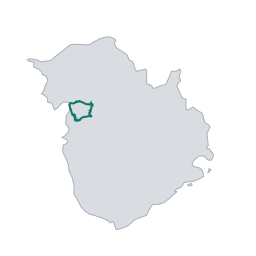 location of Thala Barivat, Stœng Trêng, Cambodia, rotated 255°
{"feature_id": "14789045B9277653142269", "entity_name": "Thala Barivat", "entity_type": "district", "adm_level": 2, "iso_a3": "KHM", "parent_name": "Cambodia", "parent_adm1": "Stœng Trêng", "projection": "albers", "projection_center": [105.709, 13.631], "detail": "fine", "context": "in_parent", "style": "outline", "palette": "teal", "viewbox_px": 256, "rotation_deg": 255, "n_neighbors": 0, "source": "geoboundaries", "source_scale": "gbopen_adm2", "svg_char_len": 5837}
<svg xmlns="http://www.w3.org/2000/svg" viewBox="0 0 256 256"><g transform="rotate(255 128 128)"><path d="M219.8,48.4L220.4,50.4L218.9,54.3L217.3,57.8L214.4,60.9L214.2,63.1L213.2,69.9L213.6,72.0L214.4,73.8L215.3,74.8L218.0,81.4L220.4,87.3L222.8,92.2L223.3,95.3L221.2,103.2L218.7,110.5L218.9,114.1L220.1,117.7L221.2,122.5L221.7,128.6L221.1,132.6L220.0,135.1L217.8,137.7L215.9,139.0L213.6,136.9L211.8,136.8L209.4,137.5L207.4,138.5L203.5,142.2L199.2,145.9L193.2,146.9L190.8,149.6L188.3,150.0L183.6,150.1L180.5,150.8L180.6,152.1L180.4,158.6L180.4,160.1L180.0,160.5L177.8,160.7L174.1,159.7L169.2,158.1L165.7,157.9L163.9,160.7L162.8,161.8L161.5,161.9L160.1,162.4L159.6,163.7L159.5,165.2L160.2,167.9L160.4,172.2L160.2,175.0L161.5,176.9L169.1,183.0L171.4,184.6L171.6,185.5L170.3,188.8L171.5,193.5L169.1,193.4L165.1,191.4L163.2,190.2L160.9,191.2L160.1,191.0L158.6,188.7L156.6,186.3L154.5,186.2L150.1,187.1L145.5,187.7L143.8,187.7L143.1,188.2L140.5,191.7L139.4,191.1L134.9,189.7L130.7,189.2L129.9,190.1L130.4,193.0L131.3,195.8L130.7,197.0L128.4,198.4L125.4,201.1L123.6,203.1L122.3,203.6L117.7,203.5L113.1,203.8L111.3,205.7L109.5,207.2L108.0,207.6L102.1,202.8L90.2,201.0L88.9,198.9L87.8,198.5L86.7,201.2L80.2,203.8L77.4,202.2L75.5,200.2L75.8,197.9L77.7,195.9L80.9,194.6L82.5,189.7L80.0,183.5L77.9,181.6L75.6,180.2L73.2,182.5L71.2,186.4L69.0,188.4L66.1,188.9L61.7,188.7L60.1,182.7L59.6,177.6L60.3,171.8L60.9,168.4L56.8,163.6L56.6,159.1L54.6,156.7L54.0,157.9L54.1,159.2L53.5,158.2L47.1,144.9L46.1,138.8L47.3,134.0L47.9,132.4L46.1,129.9L43.4,127.1L38.8,123.3L38.5,117.4L37.6,110.5L36.2,108.1L34.1,103.8L33.0,100.3L32.7,91.0L33.3,90.2L36.7,90.0L40.9,89.4L41.6,87.9L40.9,86.6L43.6,84.5L47.6,80.0L50.7,75.2L52.9,72.1L54.2,69.1L58.7,64.9L64.7,62.0L68.8,61.3L73.1,60.3L77.2,58.9L79.2,58.8L84.2,60.6L87.0,61.1L89.9,61.1L92.8,61.3L95.5,61.1L101.7,59.9L108.3,60.9L114.2,60.2L121.5,58.8L125.1,59.7L128.3,61.1L128.8,64.0L129.5,65.3L130.6,66.3L132.1,66.3L133.9,64.3L135.5,62.3L136.0,61.9L136.1,62.9L136.8,65.1L138.2,67.3L139.6,68.8L142.0,70.7L143.5,70.8L148.5,69.0L156.0,71.6L156.9,72.9L159.3,75.6L161.9,77.5L167.8,77.7L169.8,72.9L168.8,70.0L165.5,65.0L164.6,62.0L165.6,61.5L171.3,60.9L172.2,60.3L173.4,57.1L175.0,57.4L178.1,57.9L181.4,55.6L183.3,53.3L184.4,54.3L185.6,56.0L186.8,56.9L189.2,58.3L191.9,60.3L193.5,62.2L194.8,63.0L198.1,62.4L199.0,62.5L201.0,60.1L202.3,58.8L203.5,59.2L205.2,59.2L208.7,56.1L210.6,53.4L211.7,52.6L214.9,54.0L216.1,53.7L217.9,49.9L219.8,48.4ZM58.0,174.9L57.3,175.2L56.7,175.2L56.1,174.6L56.2,172.5L56.6,171.2L57.7,171.0L58.0,174.9ZM67.7,195.9L66.3,197.4L64.2,194.4L64.3,193.6L67.7,195.9Z" fill="#d9dde1" stroke="#a8b0b8" stroke-width="1"/><path d="M148.8,95.4L148.9,95.2L149.0,95.2L149.9,95.1L150.2,95.0L150.3,95.0L150.5,95.0L150.6,94.9L150.9,94.9L151.0,94.8L151.3,94.6L151.5,94.4L151.8,94.2L152.0,94.2L152.2,94.3L152.3,94.3L152.5,94.5L152.8,94.7L152.9,94.8L153.0,94.9L153.0,95.0L153.1,95.3L153.3,95.4L153.3,95.5L153.5,95.7L153.5,95.8L153.5,96.0L153.8,96.0L154.0,96.1L154.3,96.2L154.5,96.3L154.6,96.2L154.6,96.3L154.8,96.3L155.0,96.4L155.0,96.5L155.3,96.6L155.4,96.8L155.5,96.9L155.6,97.0L155.8,97.2L155.9,97.3L156.0,97.2L156.1,97.3L156.3,97.4L156.5,97.4L156.6,97.5L156.9,97.6L157.1,97.7L157.4,97.8L157.6,98.0L158.0,98.3L158.2,98.6L158.3,98.8L158.6,98.9L158.7,99.0L158.8,99.3L158.9,99.5L159.1,99.6L159.4,99.6L159.5,99.8L159.8,99.8L160.3,99.5L160.4,99.4L160.5,99.3L160.8,99.2L161.0,98.8L161.1,98.7L161.3,98.6L161.6,98.7L161.8,98.7L161.5,98.4L161.2,98.3L160.9,98.2L160.7,98.1L160.5,97.8L160.4,97.5L160.4,97.3L160.4,97.0L160.5,96.8L160.6,96.7L161.0,96.2L161.3,95.9L161.4,95.6L161.5,94.5L161.7,94.1L162.4,93.2L162.6,93.0L162.8,92.7L163.0,92.3L163.2,92.2L163.3,92.1L163.6,91.9L163.7,91.7L164.1,91.3L164.4,91.0L164.4,90.9L164.5,90.7L165.2,89.9L165.3,89.7L165.7,89.1L165.8,89.0L165.8,88.8L165.9,88.6L166.2,88.1L166.3,88.0L166.3,87.8L166.5,88.1L166.7,87.8L166.7,87.6L166.7,87.3L166.7,87.0L166.6,86.4L166.4,86.0L166.4,85.8L166.5,85.6L166.9,85.3L167.0,85.1L167.0,84.8L167.0,84.7L166.8,84.4L166.5,84.1L166.3,83.8L166.2,83.6L166.0,83.0L165.9,82.7L165.9,82.4L165.9,82.1L166.0,81.7L166.0,81.1L166.1,80.7L166.5,80.2L166.7,79.8L166.8,79.5L166.9,79.3L166.9,79.0L166.9,78.8L166.7,78.5L166.5,78.3L166.2,77.9L166.0,77.5L165.9,77.5L165.8,77.4L165.7,77.4L165.2,77.3L165.0,77.5L164.9,77.6L164.4,77.5L164.1,77.3L163.9,77.2L163.4,77.2L162.5,77.3L162.3,77.3L162.1,77.3L161.7,77.1L161.5,77.3L161.2,77.5L160.9,77.6L160.7,77.7L160.4,77.7L160.0,77.6L159.2,77.6L158.7,77.6L158.0,77.6L157.2,77.7L156.6,77.6L156.3,77.6L156.2,77.7L155.5,77.7L155.1,77.8L154.9,77.9L154.9,78.0L154.7,78.1L154.6,78.4L154.6,78.5L154.7,78.9L154.8,78.9L154.8,79.0L155.0,79.0L155.1,79.3L155.1,79.5L154.9,79.7L154.7,79.7L154.5,79.8L154.4,79.9L154.2,79.7L154.0,79.8L153.8,79.8L153.7,79.6L153.3,79.4L153.2,79.5L153.1,79.4L153.0,79.5L152.8,79.6L152.6,79.5L152.4,79.6L152.2,79.6L152.1,79.8L152.1,79.7L152.0,79.8L152.0,80.0L151.9,80.1L151.7,80.1L151.6,79.9L151.4,79.8L151.4,79.7L151.2,79.5L151.1,79.4L151.0,79.2L150.8,79.2L150.7,79.1L150.4,79.0L150.3,78.9L150.2,78.9L150.2,79.0L149.9,79.2L149.8,79.3L149.7,79.4L149.6,79.5L149.4,79.5L149.3,79.8L149.2,79.7L149.2,79.8L149.1,79.7L149.0,79.8L148.8,79.9L148.6,80.1L148.4,80.2L148.3,80.4L148.3,80.5L148.2,80.7L148.2,80.8L148.1,81.0L148.1,81.4L148.1,81.5L148.3,81.6L148.3,81.8L148.4,82.0L148.2,82.2L148.3,82.3L148.4,82.5L148.3,82.8L148.2,82.8L148.2,83.0L148.2,83.5L148.3,83.5L148.5,83.7L148.5,83.8L148.6,84.1L148.8,84.2L148.9,84.3L149.0,84.3L149.2,84.9L149.7,85.6L149.9,86.2L149.9,86.7L150.0,86.9L150.1,87.0L150.1,87.3L150.1,87.6L150.0,87.9L150.0,88.0L149.9,88.2L149.9,88.3L150.0,88.6L150.0,88.8L149.9,89.8L149.8,90.3L149.7,91.0L149.7,91.3L149.6,91.7L149.7,92.5L149.7,93.2L149.7,93.4L149.7,93.7L149.7,93.8L149.3,94.1L149.1,94.5L148.9,94.7L148.9,94.9L148.8,95.1L148.7,95.2L148.7,95.3L148.8,95.4Z" fill="none" stroke="#0f766e" stroke-width="2"/></g></svg>